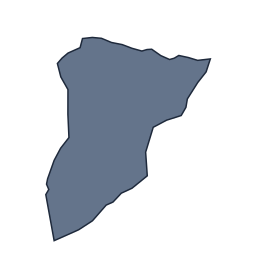 map outline of Buyende (Natural Earth projection), rotated 259°
{"feature_id": "UGA-5593", "entity_name": "Buyende", "entity_type": "District", "adm_level": 1, "iso_a3": "UGA", "parent_name": "Uganda", "parent_adm1": "", "projection": "natural_earth1", "projection_center": [33.195, 1.209], "detail": "fine", "context": "isolated", "style": "filled", "palette": "slate", "viewbox_px": 256, "rotation_deg": 259, "n_neighbors": 0, "source": "natural_earth", "source_scale": "10m", "svg_char_len": 704}
<svg xmlns="http://www.w3.org/2000/svg" viewBox="0 0 256 256"><g transform="rotate(259 128 128)"><path d="M192.8,174.0L187.3,181.9L187.7,186.7L189.5,191.7L185.7,200.6L181.1,209.3L180.1,222.0L168.2,215.4L159.3,205.1L145.2,191.8L137.2,188.8L130.1,182.6L128.3,167.3L123.9,152.9L100.9,140.7L77.4,137.8L68.1,120.4L65.3,109.0L58.2,99.2L56.5,91.9L43.7,75.4L37.5,60.1L31.5,34.0L78.3,34.6L82.8,38.5L88.4,37.3L93.5,39.4L110.3,49.3L121.0,58.0L129.9,68.2L152.8,71.6L177.2,76.4L190.9,71.8L204.8,71.0L209.2,76.6L213.0,83.4L216.0,96.3L224.5,100.4L223.7,110.3L221.1,119.1L215.1,128.1L211.0,138.2L205.5,147.1L200.9,156.3L201.4,161.6L200.8,166.3L192.8,174.0Z" fill="#64748b" stroke="#1e293b" stroke-width="1.5"/></g></svg>